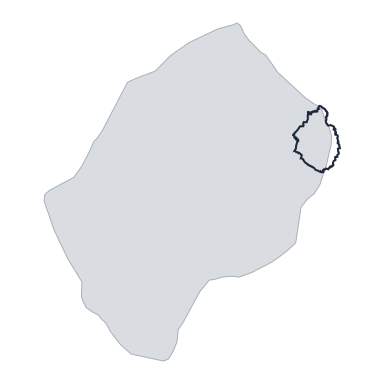 Sanqebethu, Mokhotlong, Lesotho shown in context
{"feature_id": "5366337B9113351497763", "entity_name": "Sanqebethu", "entity_type": "district", "adm_level": 2, "iso_a3": "LSO", "parent_name": "Lesotho", "parent_adm1": "Mokhotlong", "projection": "equal_earth", "projection_center": [29.193, -29.287], "detail": "fine", "context": "in_parent", "style": "outline", "palette": "slate", "viewbox_px": 384, "rotation_deg": 0, "n_neighbors": 0, "source": "geoboundaries", "source_scale": "gbopen_adm2", "svg_char_len": 6703}
<svg xmlns="http://www.w3.org/2000/svg" viewBox="0 0 384 384"><path d="M251.4,272.7L240.3,276.7L238.8,277.1L231.7,276.2L222.3,277.1L214.9,279.3L209.1,280.2L199.7,291.8L182.8,323.0L178.2,329.6L177.0,341.8L173.1,351.5L168.3,359.1L163.6,361.0L149.3,358.0L131.1,354.1L120.5,344.6L111.0,332.3L105.9,323.3L100.7,318.3L98.9,315.5L91.5,311.4L88.7,309.2L86.2,307.7L83.2,301.7L81.4,296.5L82.0,282.0L76.7,273.3L67.6,258.5L61.9,246.4L54.0,229.9L49.2,215.7L44.1,201.0L44.7,194.7L49.4,190.4L63.2,183.0L73.8,177.3L81.4,166.8L89.7,151.1L93.7,141.7L97.8,137.4L102.2,130.8L109.9,116.0L118.4,99.7L127.6,82.1L139.3,77.0L155.2,71.1L170.5,55.7L188.8,42.7L218.3,28.7L232.0,25.1L237.3,23.0L240.6,25.7L244.1,33.8L249.2,40.5L260.8,52.2L265.8,55.1L277.8,72.4L290.7,84.3L305.5,98.0L315.5,104.8L320.7,106.7L324.9,118.9L329.2,127.9L331.7,136.3L331.2,144.5L326.5,164.6L319.7,185.1L314.2,193.6L307.6,199.0L301.1,207.1L298.6,223.5L295.7,242.8L287.2,250.7L280.6,255.9L271.5,262.3L251.4,272.7Z" fill="#d9dde1" stroke="#a8b0b8" stroke-width="1"/><path d="M320.1,171.9L320.6,171.9L321.2,172.2L321.3,172.0L321.2,171.5L321.4,171.6L321.7,171.9L322.2,172.0L322.5,172.2L323.3,172.2L323.5,171.9L323.4,171.5L323.0,170.6L323.1,170.4L323.1,170.1L323.6,170.0L324.0,169.4L324.3,169.6L324.6,169.4L324.8,169.5L325.0,169.4L325.3,169.4L325.4,168.9L325.9,168.5L326.3,168.5L327.7,169.2L328.0,169.1L328.3,169.2L328.5,168.6L328.7,168.2L328.9,168.1L329.4,168.1L329.8,167.8L329.8,166.8L330.0,166.6L330.4,166.5L330.6,166.8L330.8,166.9L331.3,166.9L331.3,166.2L332.4,166.1L332.3,165.6L332.5,165.4L332.9,165.3L332.9,165.1L333.4,164.9L333.4,164.3L332.9,163.6L333.1,162.5L333.5,161.5L333.6,161.1L334.0,160.7L335.3,160.3L335.5,160.1L335.5,159.6L335.1,158.9L335.1,158.6L335.2,157.2L335.3,156.9L335.7,157.0L336.5,157.0L336.8,157.1L337.4,156.9L337.3,155.8L337.2,155.3L337.7,154.9L338.2,154.2L338.6,153.9L338.6,153.6L338.8,153.5L338.8,152.3L338.5,152.2L338.2,151.7L338.1,151.3L338.0,150.4L338.0,149.9L338.2,149.6L337.9,148.7L338.3,148.4L338.8,148.5L339.3,148.1L339.9,148.1L339.6,146.7L339.2,146.0L339.3,145.4L339.2,145.0L339.2,144.7L338.8,144.6L338.7,143.9L338.4,143.7L338.1,143.5L338.1,143.1L337.6,142.8L337.7,142.6L338.1,142.2L338.0,141.9L338.4,141.7L338.2,141.3L338.3,141.0L337.8,140.1L337.8,139.6L337.3,138.6L337.2,137.9L337.4,137.6L337.6,137.5L337.8,137.0L337.8,136.4L337.8,136.0L337.4,135.4L336.6,134.7L336.3,134.8L336.2,134.5L335.5,134.6L335.2,134.5L335.2,133.4L335.4,133.5L335.7,133.4L335.9,133.2L336.0,132.9L335.8,132.0L335.6,131.2L335.0,130.8L334.8,129.9L333.6,129.6L333.9,128.5L333.9,128.2L334.6,128.5L334.8,128.5L334.5,128.2L334.1,127.0L333.3,126.2L332.9,126.0L331.1,125.4L330.6,125.0L329.9,125.3L328.7,125.6L328.4,125.6L327.7,125.3L327.5,125.1L327.4,124.3L327.2,123.9L326.8,123.7L326.5,123.3L326.0,122.8L325.8,120.7L326.2,120.7L326.3,120.5L326.3,119.0L326.5,118.8L326.5,118.5L325.9,117.2L326.1,116.8L326.3,116.6L326.7,116.3L327.1,116.2L327.0,115.9L326.8,115.5L327.0,114.6L327.4,114.4L327.6,114.4L327.6,114.0L327.4,113.8L327.2,113.4L327.4,112.8L327.0,112.6L326.9,112.1L326.4,111.6L326.6,111.4L326.0,110.9L326.0,110.6L325.5,110.0L325.2,109.9L325.1,109.3L324.7,108.9L324.1,108.5L323.7,108.5L323.7,108.2L323.0,108.0L322.6,107.7L322.1,107.2L321.6,107.0L321.3,106.5L321.1,106.5L321.0,106.4L320.0,105.9L319.5,106.1L319.4,106.0L319.2,106.1L319.0,106.6L318.9,106.7L318.9,106.9L318.7,107.3L318.7,107.5L318.4,107.6L318.4,108.0L318.2,108.2L318.4,108.3L318.1,108.5L317.9,108.6L317.9,108.8L318.0,108.9L317.8,108.9L317.8,109.1L317.7,109.1L317.5,109.4L317.5,109.7L317.4,109.8L317.5,110.1L317.1,110.7L317.3,111.5L317.0,111.7L316.9,111.7L316.5,111.7L315.5,110.9L315.3,111.0L315.3,111.4L315.0,111.7L314.7,111.5L314.6,111.1L314.3,111.2L314.2,111.7L313.9,111.8L313.3,111.3L312.9,111.4L312.7,111.5L312.8,111.9L312.7,112.1L312.4,112.0L311.9,112.2L311.2,112.2L310.8,112.7L310.5,112.7L310.4,112.8L310.4,113.0L310.7,113.1L310.9,113.3L310.9,113.8L311.3,113.9L311.3,114.1L311.2,114.3L310.8,114.1L310.5,113.7L309.9,113.7L309.6,112.7L309.8,112.4L309.7,112.3L309.3,112.4L309.3,112.9L309.2,112.9L308.8,112.7L308.7,112.8L308.7,113.1L308.5,112.8L308.6,112.4L308.3,112.0L308.0,112.0L308.0,112.4L308.2,112.7L308.2,112.8L307.9,113.0L307.9,114.7L307.7,115.5L307.8,116.0L307.7,116.6L307.8,117.9L308.0,118.4L308.0,118.8L307.6,119.5L307.3,120.4L307.0,120.9L306.8,121.4L306.8,122.1L305.3,122.4L304.9,122.1L304.4,122.1L303.9,122.3L303.7,122.2L303.4,123.0L303.1,123.3L303.3,124.3L303.6,125.3L303.6,125.6L303.3,125.7L303.2,125.8L303.1,126.0L302.9,125.8L302.0,126.0L301.7,126.1L301.6,126.4L301.1,126.4L300.9,126.2L300.6,126.2L299.8,126.6L299.5,126.9L299.4,127.3L298.9,128.0L298.8,128.3L298.1,129.1L298.0,129.4L297.6,129.8L297.5,130.0L296.9,130.6L296.3,131.5L296.0,131.6L295.4,132.0L295.3,132.5L294.8,132.8L294.6,133.2L294.4,133.6L294.1,133.8L293.9,133.8L293.5,134.2L293.4,134.5L293.4,134.9L293.0,135.3L293.1,135.7L293.2,135.3L293.7,135.4L293.9,135.1L294.2,134.9L294.3,135.2L294.2,135.5L294.3,136.4L294.2,137.1L294.2,137.4L294.4,137.6L294.5,137.6L294.6,137.4L294.7,137.1L295.6,137.3L296.1,137.6L296.4,137.7L296.6,138.0L296.6,138.7L296.3,138.8L295.9,138.6L295.8,138.4L295.6,138.5L295.6,138.8L295.7,139.0L296.0,139.0L296.1,138.8L296.3,139.0L296.4,139.8L296.5,139.9L296.9,139.8L297.0,139.9L297.3,139.9L297.6,139.8L297.6,139.6L297.9,139.4L298.0,139.5L298.2,139.8L298.3,140.8L298.2,140.9L297.8,140.9L298.0,141.3L297.8,141.5L297.7,141.4L297.3,141.8L297.3,142.0L297.1,142.1L297.1,142.6L297.0,142.9L296.9,143.1L296.7,143.5L296.7,143.9L296.4,144.9L296.4,145.1L296.2,145.4L296.2,145.8L296.1,146.1L296.0,147.0L296.1,147.3L296.1,147.5L295.8,148.8L295.4,149.2L295.4,149.5L295.0,149.9L294.9,150.4L294.7,150.5L294.5,150.9L294.9,150.8L295.1,150.8L295.6,151.4L295.7,151.6L296.0,151.7L296.2,151.9L296.3,152.2L297.1,152.1L297.5,152.5L297.8,152.4L298.1,152.4L298.6,152.9L298.7,153.3L298.8,153.3L298.9,153.2L299.3,153.0L299.8,153.4L299.8,153.5L300.1,153.7L300.4,154.0L300.8,154.2L300.9,154.4L301.6,154.8L301.7,155.0L301.8,155.1L301.8,155.4L301.4,156.3L301.3,157.4L300.9,157.9L300.8,158.3L301.3,158.2L301.3,158.3L301.8,158.7L302.2,158.7L302.3,158.7L302.5,158.8L302.6,159.0L302.8,159.1L303.0,159.2L303.0,159.3L303.1,159.5L303.4,159.8L303.6,160.0L303.8,160.4L303.7,160.6L303.9,160.8L304.0,161.1L304.2,161.5L304.7,161.9L304.9,162.2L305.2,162.4L305.3,162.6L305.5,162.7L305.8,163.1L306.5,163.3L306.7,163.6L307.0,163.9L307.3,163.9L307.6,164.5L308.0,164.9L308.4,164.8L308.8,165.1L308.8,165.3L309.0,165.4L309.3,165.3L309.8,165.8L310.2,165.9L310.5,166.2L310.9,166.2L311.1,166.4L311.3,166.4L311.7,166.6L311.8,166.5L312.1,166.7L312.4,167.1L312.6,167.1L312.6,167.3L312.8,167.4L313.6,167.6L314.5,168.4L315.2,169.5L315.3,169.6L317.2,170.5L317.7,170.5L318.5,171.0L319.3,171.4L320.1,171.9Z" fill="none" stroke="#1e293b" stroke-width="2"/></svg>